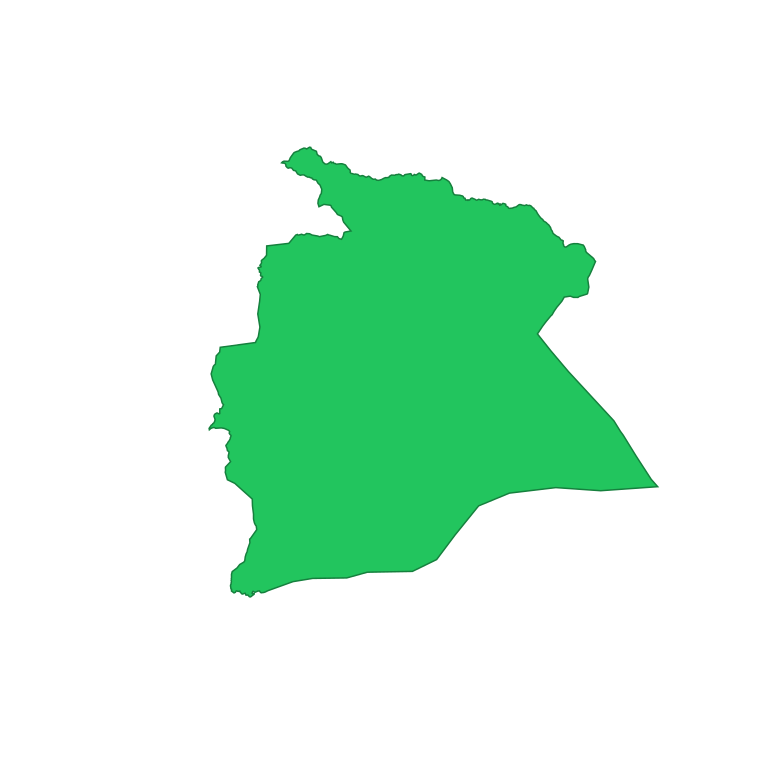 Obuasi Municipal, Ashanti, Ghana, rotated 55°
{"feature_id": "2480657B43720081643569", "entity_name": "Obuasi Municipal", "entity_type": "district", "adm_level": 2, "iso_a3": "GHA", "parent_name": "Ghana", "parent_adm1": "Ashanti", "projection": "natural_earth1", "projection_center": [-1.716, 6.191], "detail": "fine", "context": "isolated", "style": "filled", "palette": "green", "viewbox_px": 768, "rotation_deg": 55, "n_neighbors": 0, "source": "geoboundaries", "source_scale": "gbopen_adm2", "svg_char_len": 6158}
<svg xmlns="http://www.w3.org/2000/svg" viewBox="0 0 768 768"><g transform="rotate(55 384 384)"><path d="M625.1,218.7L615.4,219.8L587.4,218.8L563.1,217.4L558.4,217.5L546.0,216.8L479.7,225.8L452.6,228.3L431.0,229.6L427.6,220.9L425.8,215.3L423.9,208.3L423.7,206.6L421.9,202.8L420.3,198.5L418.2,190.8L416.2,186.5L418.9,181.0L421.7,179.1L424.3,175.5L424.3,173.8L426.8,166.0L426.5,165.2L422.1,160.6L415.3,157.2L414.3,156.5L413.4,155.1L413.0,153.7L410.2,148.9L404.9,140.4L403.7,140.6L401.4,140.3L392.6,142.6L390.7,142.6L390.0,141.9L386.3,141.1L384.5,141.1L380.2,144.8L377.9,148.0L376.7,150.6L376.3,152.5L376.3,156.0L375.7,157.1L374.8,157.5L373.8,157.5L372.8,157.0L371.4,156.7L369.6,155.1L368.5,155.5L368.2,156.0L367.5,156.3L364.2,156.5L361.9,157.8L358.1,159.0L357.4,159.1L355.2,158.5L353.4,158.5L351.3,157.8L348.0,157.8L346.6,158.3L344.9,158.5L341.8,159.8L340.4,159.6L338.1,160.3L335.5,160.5L332.5,160.5L329.4,160.1L327.2,160.7L326.0,160.5L325.3,161.0L322.3,161.5L321.1,162.3L320.8,163.1L319.7,164.2L319.0,164.5L318.5,166.5L316.2,168.7L315.8,168.8L314.9,169.8L314.6,170.5L314.7,174.2L313.8,176.5L313.5,178.2L312.8,179.1L312.4,180.1L311.4,181.1L309.9,181.0L308.1,181.9L307.6,181.9L306.7,181.2L306.2,181.4L304.6,182.6L304.1,183.4L304.4,184.6L304.3,185.7L304.0,186.5L303.1,185.6L302.9,185.8L302.6,186.9L301.8,187.3L301.5,186.9L301.0,187.3L300.8,187.8L300.7,189.3L300.3,190.3L299.4,191.0L298.0,191.4L297.3,191.0L296.6,190.9L295.7,191.4L292.3,194.1L291.8,194.9L290.9,195.1L289.7,196.5L289.4,198.1L288.4,199.4L287.0,200.5L286.8,202.1L286.4,202.9L284.9,203.5L282.2,205.2L281.9,206.0L281.9,206.7L282.3,207.7L282.3,208.6L281.7,209.1L281.8,209.9L281.6,210.1L280.9,210.2L280.7,210.9L280.1,211.6L278.3,211.1L277.4,211.9L276.1,211.6L275.1,211.8L272.9,213.6L269.9,217.3L269.0,217.9L266.2,217.6L262.4,215.5L258.1,214.8L255.4,214.7L252.9,215.6L248.2,218.0L248.9,219.2L249.2,220.3L249.1,221.5L248.6,222.6L246.9,224.2L243.4,230.5L240.3,233.6L237.9,231.8L236.4,232.9L235.5,233.1L233.9,232.9L231.6,234.0L231.3,234.6L231.3,237.4L231.1,238.0L229.7,239.0L230.0,239.8L229.8,240.8L229.4,241.4L228.8,241.7L227.7,241.3L227.0,241.5L224.6,246.5L224.5,247.1L224.8,248.1L224.7,248.8L223.9,249.7L223.2,250.1L222.4,250.1L220.5,251.6L220.4,252.5L219.4,254.0L219.2,255.4L217.1,258.1L217.0,260.4L217.5,261.5L217.3,261.9L216.7,263.2L215.8,264.4L215.4,266.0L215.1,268.7L214.2,271.5L212.7,273.2L211.2,273.5L210.2,275.3L208.5,276.2L206.7,276.6L205.0,277.3L204.4,280.1L201.5,281.6L200.7,282.4L200.4,283.6L199.5,284.6L198.7,285.0L197.4,285.2L195.6,287.0L195.1,288.1L193.2,289.5L192.6,290.2L191.3,290.4L190.4,289.6L188.9,289.1L187.7,289.6L185.9,289.9L182.5,289.9L180.3,291.4L179.4,292.2L178.4,293.7L176.6,297.0L175.4,297.5L174.7,298.4L173.2,298.4L172.9,300.0L171.4,300.0L171.4,303.7L171.1,304.8L169.9,306.1L167.1,306.8L162.8,305.6L161.1,305.5L159.6,306.6L157.5,307.0L154.6,305.9L150.2,308.6L149.2,308.6L148.2,308.3L147.3,309.2L147.1,312.5L145.7,313.3L144.8,314.3L143.9,318.6L144.2,320.1L143.5,322.0L142.9,324.7L143.0,325.5L144.9,330.9L146.6,333.6L146.6,334.8L144.1,338.1L143.8,339.7L144.1,341.0L145.2,340.0L145.7,339.2L146.4,338.7L147.7,338.5L149.4,339.4L151.5,339.1L152.3,338.6L152.8,337.1L153.7,336.1L154.4,335.7L157.1,335.6L158.7,334.1L162.3,334.3L165.0,332.9L165.8,331.0L166.9,329.6L168.9,328.8L170.8,327.8L171.7,326.5L172.7,326.1L173.8,325.0L175.0,325.0L176.6,324.2L177.7,322.9L178.4,322.5L181.5,322.9L184.5,322.3L186.8,322.9L188.2,323.1L189.2,323.6L192.0,326.1L192.6,327.8L194.3,330.1L195.5,332.2L198.1,334.5L201.5,335.6L202.4,330.2L206.6,325.6L207.3,325.2L208.0,325.2L209.0,325.6L216.1,324.8L218.1,324.9L218.8,324.7L221.8,322.8L223.2,322.3L225.9,323.6L228.3,324.2L239.7,323.3L237.2,328.7L237.1,329.9L239.5,332.6L241.1,335.8L239.0,337.5L236.6,337.7L234.9,340.0L230.9,343.1L230.2,343.9L229.2,344.3L228.8,346.6L226.2,352.5L224.9,353.3L220.8,357.4L218.2,358.8L216.3,361.1L216.3,363.5L215.9,364.3L214.0,365.7L213.2,368.2L212.5,369.1L211.8,369.2L211.4,370.9L214.2,381.3L203.6,400.9L211.2,406.4L212.3,410.3L212.4,412.8L212.7,413.8L214.4,414.7L215.2,416.0L215.2,416.5L215.7,417.6L217.1,417.1L217.6,417.8L216.6,420.0L216.7,420.7L218.4,420.8L219.0,420.6L220.9,421.8L221.7,421.3L222.4,421.2L224.3,422.9L224.9,422.9L226.2,421.9L227.0,422.3L227.2,424.1L228.3,425.3L228.5,426.2L228.4,428.0L230.4,430.6L231.4,431.1L231.6,431.9L239.6,433.9L245.0,438.5L254.2,447.2L266.2,453.0L273.0,459.7L273.7,460.7L275.2,463.8L276.3,465.5L260.0,497.1L263.6,500.3L264.7,505.3L271.1,510.8L271.2,512.3L271.7,513.8L276.6,519.8L282.4,522.0L295.3,524.4L297.7,525.5L302.1,525.7L306.5,527.4L308.0,527.5L308.9,527.3L311.0,531.1L310.2,532.8L314.0,535.5L313.9,536.2L311.9,537.4L311.6,539.5L312.1,541.0L312.9,541.8L316.1,542.7L317.3,543.9L318.3,545.7L318.3,546.9L318.8,548.1L318.6,548.9L319.7,551.9L320.0,552.7L321.3,553.3L321.1,551.4L321.4,549.9L321.8,548.8L322.3,548.0L323.7,547.3L326.6,542.5L328.8,540.3L332.8,537.9L334.4,537.7L335.5,539.0L337.1,539.1L338.3,538.8L339.4,539.8L339.7,540.6L340.6,541.3L341.7,543.4L342.1,544.9L342.9,546.4L343.6,548.7L344.8,549.2L346.3,549.4L348.8,550.5L350.1,550.0L350.7,550.0L351.7,550.7L353.2,552.5L354.9,553.7L359.6,554.2L361.1,561.4L361.7,562.0L363.7,563.2L365.3,564.7L372.6,567.2L379.8,563.2L402.7,557.9L408.3,561.6L415.7,565.5L419.7,568.3L423.4,569.8L425.5,570.2L427.0,570.1L430.3,571.8L434.0,582.1L434.0,583.0L437.1,584.9L441.3,590.7L442.9,592.3L444.0,594.3L446.0,596.8L448.9,599.4L449.5,601.0L449.1,605.7L450.4,609.9L450.6,615.9L452.4,618.1L455.2,620.0L455.8,620.7L456.7,621.1L457.1,621.8L458.4,622.3L459.4,623.5L460.1,623.9L460.7,625.0L461.4,625.6L462.4,626.0L464.0,626.9L464.7,626.6L466.1,627.7L469.1,626.7L469.4,625.2L468.8,623.9L468.8,623.5L470.2,622.5L471.0,620.9L471.9,621.2L474.7,620.7L475.1,619.9L475.6,618.0L475.9,617.7L477.7,618.2L478.9,616.5L481.0,616.3L481.7,615.7L481.9,614.8L481.7,612.5L481.8,611.7L481.6,610.8L481.3,610.6L480.3,612.0L479.7,612.1L478.7,610.5L478.7,610.1L480.1,609.5L480.7,608.9L481.3,606.1L482.1,604.7L483.9,604.7L484.6,604.3L485.8,602.1L486.3,600.5L486.7,597.7L493.7,571.9L502.3,554.0L521.5,525.7L528.6,505.6L553.8,468.2L558.0,441.6L548.5,412.6L538.1,376.4L545.3,343.9L567.4,302.7L595.7,267.7L625.1,218.7Z" fill="#22c55e" stroke="#15803d" stroke-width="1.5"/></g></svg>